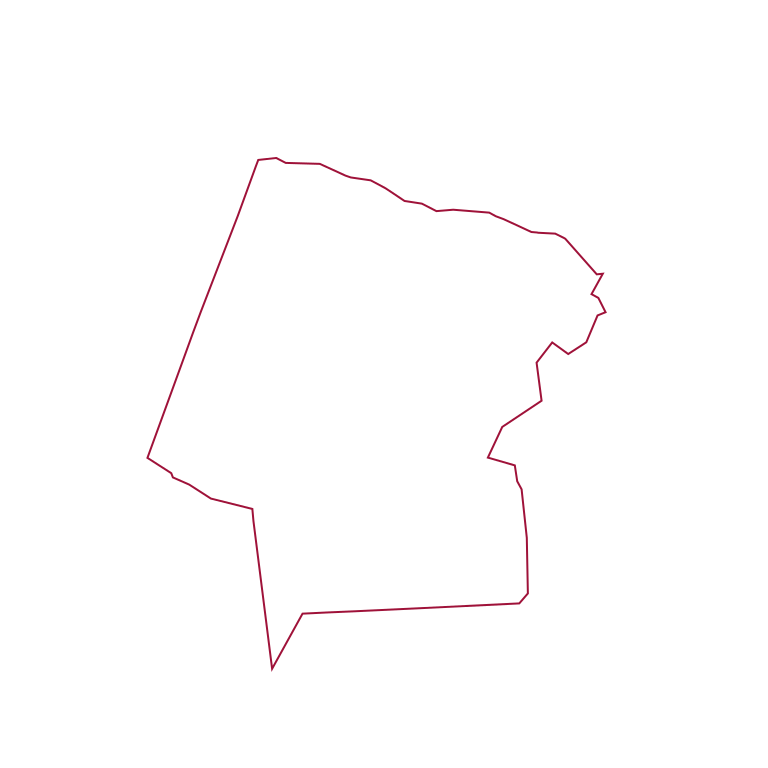 the district of Gwinnett, Georgia, United States of America, rotated 154°
{"feature_id": "52423323B79276741434448", "entity_name": "Gwinnett", "entity_type": "district", "adm_level": 2, "iso_a3": "USA", "parent_name": "United States of America", "parent_adm1": "Georgia", "projection": "albers", "projection_center": [-84.077, 33.96], "detail": "fine", "context": "isolated", "style": "outline", "palette": "rose", "viewbox_px": 768, "rotation_deg": 154, "n_neighbors": 0, "source": "geoboundaries", "source_scale": "gbopen_adm2", "svg_char_len": 886}
<svg xmlns="http://www.w3.org/2000/svg" viewBox="0 0 768 768"><g transform="rotate(154 384 384)"><path d="M322.9,272.3L296.5,293.6L249.7,299.9L237.5,336.3L214.6,347.6L205.3,330.2L183.9,332.8L162.0,352.0L153.4,351.4L153.6,367.4L158.1,373.8L139.0,387.2L144.7,389.3L157.4,435.1L158.2,436.3L164.2,444.1L179.2,452.4L179.9,453.0L184.9,456.0L204.2,479.7L210.0,485.8L214.3,491.9L245.4,510.3L261.1,516.4L270.9,529.5L285.3,539.5L296.8,559.2L306.7,572.9L323.3,584.2L327.3,588.2L345.2,610.0L375.4,625.8L381.8,634.4L398.8,640.5L403.9,635.7L441.6,599.3L517.1,529.1L533.3,513.7L557.5,490.3L571.8,476.5L629.0,421.3L614.3,397.1L614.7,392.6L603.2,379.0L589.8,356.9L557.1,329.4L561.4,318.1L593.8,222.9L609.4,177.1L557.9,213.3L535.3,203.6L510.3,192.7L449.7,166.6L358.6,127.5L346.5,132.7L323.1,183.1L306.5,229.0L306.9,238.2L302.1,253.5L322.9,272.3Z" fill="none" stroke="#9f1239" stroke-width="2"/></g></svg>